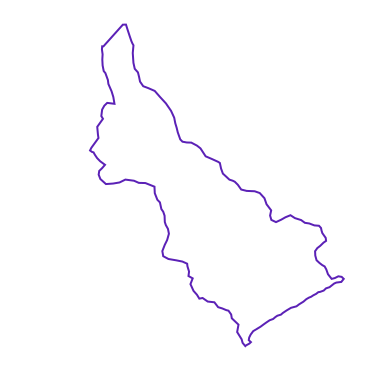 Pyrgos Lemesou, Limassol, Cyprus (orthographic projection), rotated 316°
{"feature_id": "46923920B45908077998395", "entity_name": "Pyrgos Lemesou", "entity_type": "district", "adm_level": 2, "iso_a3": "CYP", "parent_name": "Cyprus", "parent_adm1": "Limassol", "projection": "orthographic", "projection_center": [33.184, 34.741], "detail": "fine", "context": "isolated", "style": "outline", "palette": "violet", "viewbox_px": 384, "rotation_deg": 316, "n_neighbors": 0, "source": "geoboundaries", "source_scale": "gbopen_adm2", "svg_char_len": 2510}
<svg xmlns="http://www.w3.org/2000/svg" viewBox="0 0 384 384"><g transform="rotate(316 192 192)"><path d="M228.6,24.8L226.3,26.8L223.3,30.9L219.5,34.4L215.6,38.9L212.5,43.7L212.3,46.3L209.3,53.0L206.9,56.2L204.1,63.7L201.4,69.0L197.5,74.7L192.9,69.0L188.9,69.0L184.6,70.3L179.5,74.4L178.8,77.5L169.1,79.3L164.2,85.4L162.2,88.2L154.8,89.5L150.3,90.3L147.5,91.3L147.9,93.7L148.7,95.1L148.0,97.7L147.3,101.7L147.3,106.1L148.3,112.0L143.9,112.4L139.9,112.4L136.9,114.7L135.1,119.0L135.6,126.5L141.1,131.1L146.5,134.8L152.7,136.8L158.1,143.6L160.1,148.5L164.7,153.2L168.7,162.1L164.4,167.0L161.7,173.5L161.7,177.2L158.1,183.0L157.6,186.2L155.8,190.0L151.6,194.7L150.2,197.6L149.1,201.8L146.4,206.0L140.7,209.3L135.7,211.1L129.6,213.9L126.7,218.2L128.5,223.8L133.2,230.2L136.8,235.4L138.7,240.2L137.1,242.3L134.6,247.2L131.1,250.0L132.5,254.6L126.9,257.2L124.4,264.2L124.2,269.3L123.2,273.8L126.0,275.6L127.2,281.7L131.5,286.9L130.8,293.0L132.9,296.8L134.6,300.8L135.8,302.7L135.1,307.3L132.9,310.5L133.3,319.7L127.2,324.1L125.4,332.4L123.6,335.7L123.3,339.9L124.4,339.9L128.0,340.9L130.1,340.9L129.9,338.0L132.1,336.4L135.2,335.3L139.4,334.6L147.7,336.5L151.5,337.0L154.8,337.5L158.8,338.2L162.1,339.7L165.3,339.9L167.5,340.3L170.8,342.0L173.2,342.1L177.7,342.9L182.8,344.1L187.7,346.8L189.2,347.0L191.0,347.2L196.0,348.3L199.8,348.5L202.7,349.2L204.9,350.1L207.6,350.6L210.5,351.5L213.3,351.8L214.7,352.8L218.3,354.4L221.5,354.4L224.8,356.0L227.8,356.3L230.7,356.6L232.9,357.4L236.9,360.4L240.8,359.9L240.7,357.0L238.7,354.3L234.9,353.1L232.1,351.5L232.7,345.6L234.8,341.0L235.7,337.7L234.9,335.0L234.4,331.6L234.2,327.6L236.5,323.4L239.4,320.1L243.2,319.4L246.8,319.8L251.5,319.8L254.5,320.3L256.3,317.9L257.2,312.1L258.4,309.7L259.8,307.5L259.9,304.5L256.8,301.0L254.5,296.1L251.8,292.6L251.0,288.0L247.9,282.3L246.7,277.1L241.7,275.1L237.0,273.9L231.5,272.0L229.7,267.2L231.8,263.2L236.2,260.2L237.1,252.6L239.8,246.8L240.0,239.8L237.6,235.0L232.1,229.2L229.1,224.4L230.0,218.6L229.9,214.3L229.1,212.1L227.5,209.1L227.0,200.2L229.2,195.3L232.2,190.5L231.8,188.6L229.2,182.0L226.6,175.8L228.4,166.5L227.8,162.1L225.8,156.0L222.6,152.7L220.1,149.2L220.1,146.0L223.2,139.2L225.6,135.1L227.7,131.0L228.4,129.9L230.8,126.2L233.3,119.1L234.8,110.1L235.0,101.4L235.4,93.4L232.8,87.1L230.4,82.0L231.3,76.5L233.9,72.4L236.2,68.4L236.4,63.6L239.6,58.4L245.9,50.9L251.8,45.8L252.3,43.8L253.2,41.4L255.4,36.7L258.4,30.5L260.8,25.7L258.5,23.6L229.4,25.7L228.6,24.8Z" fill="none" stroke="#5b21b6" stroke-width="2"/></g></svg>